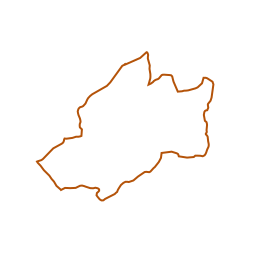 Braga, Natural Earth projection, rotated 333°
{"feature_id": "PRT-749", "entity_name": "Braga", "entity_type": "District", "adm_level": 1, "iso_a3": "PRT", "parent_name": "Portugal", "parent_adm1": "", "projection": "natural_earth1", "projection_center": [-8.294, 41.571], "detail": "fine", "context": "isolated", "style": "outline", "palette": "amber", "viewbox_px": 256, "rotation_deg": 333, "n_neighbors": 0, "source": "natural_earth", "source_scale": "10m", "svg_char_len": 2186}
<svg xmlns="http://www.w3.org/2000/svg" viewBox="0 0 256 256"><g transform="rotate(333 128 128)"><path d="M154.3,69.7L154.2,70.2L170.7,71.1L178.9,68.9L179.4,69.4L179.4,70.6L179.1,72.1L178.1,73.5L177.2,75.2L175.8,82.1L174.0,85.1L172.4,90.1L171.3,92.4L170.4,93.9L166.0,98.7L168.6,98.8L171.1,98.4L172.3,97.9L173.7,97.7L175.1,97.7L176.8,98.0L178.2,97.8L181.9,96.2L183.1,96.3L184.4,96.9L189.4,99.9L190.4,100.7L190.8,102.1L190.1,105.1L189.6,107.4L188.9,118.2L192.8,119.8L194.9,120.2L196.8,121.1L198.7,121.8L206.1,123.3L208.5,123.4L214.2,121.8L218.1,117.6L220.1,118.6L221.1,119.6L224.3,125.1L223.9,127.9L216.3,138.8L213.9,141.2L210.3,142.8L209.7,143.5L208.7,146.4L206.7,148.1L205.2,147.7L204.3,147.8L203.3,148.4L201.5,150.8L199.8,156.5L200.6,158.3L200.4,159.5L199.8,161.2L197.0,165.6L196.4,167.3L195.6,168.0L194.9,168.2L194.5,169.0L195.0,170.7L195.0,172.0L193.4,176.2L192.7,178.7L192.3,179.7L191.6,180.8L190.7,181.7L189.7,182.4L188.4,183.5L187.6,184.3L186.6,185.3L185.2,186.4L183.8,187.1L181.8,187.1L179.6,185.4L175.4,183.2L173.4,183.7L167.2,181.2L160.4,176.3L160.8,174.1L160.0,172.7L156.1,168.9L146.6,165.5L143.8,169.6L140.0,172.3L134.1,175.0L132.7,175.3L128.2,177.0L126.9,177.0L124.3,175.3L122.8,174.8L114.9,175.8L109.0,177.2L104.2,176.5L102.9,175.6L101.4,174.8L99.0,174.8L95.8,175.6L92.2,177.7L90.7,178.7L89.3,180.0L87.7,180.3L86.2,180.8L75.4,180.8L73.6,181.2L72.9,181.2L71.5,180.5L70.4,178.7L69.7,175.6L69.4,173.7L70.8,171.8L72.7,171.3L73.8,170.8L74.4,169.5L73.7,168.0L71.8,166.4L69.6,165.9L67.0,164.4L63.7,161.1L62.5,159.8L60.9,158.4L59.0,157.7L54.2,157.6L49.3,155.4L44.7,152.8L40.2,152.8L40.2,152.6L38.0,147.1L37.7,142.1L36.8,138.7L36.3,134.7L33.9,127.4L33.0,122.0L31.8,118.0L31.7,116.6L32.6,116.7L36.3,117.3L38.2,117.0L52.2,112.2L62.0,111.9L63.7,111.5L65.1,110.3L65.8,109.3L66.7,108.6L68.3,109.6L74.0,111.6L77.8,112.2L79.9,113.3L81.7,113.8L82.9,113.9L86.3,108.3L85.4,105.7L85.9,104.2L86.8,102.6L88.5,101.0L89.1,99.4L89.5,97.6L89.8,93.9L90.2,92.1L90.8,90.3L92.3,88.7L93.3,88.1L94.9,87.7L96.5,88.1L98.0,88.1L101.2,86.9L104.6,84.2L106.0,83.3L108.7,82.3L111.5,81.7L128.3,80.9L132.9,79.3L151.1,70.0L153.5,70.0L154.2,69.7L154.3,69.7Z" fill="none" stroke="#b45309" stroke-width="2"/></g></svg>